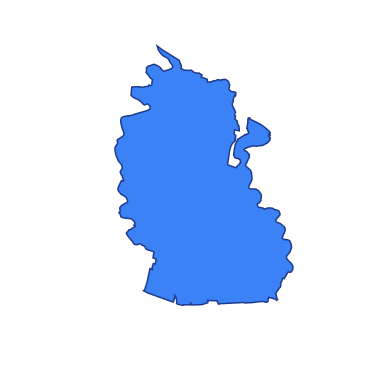 the district of Pantelimon, Ilfov, Romania, rotated 233°
{"feature_id": "2599482B87197553509552", "entity_name": "Pantelimon", "entity_type": "district", "adm_level": 2, "iso_a3": "ROU", "parent_name": "Romania", "parent_adm1": "Ilfov", "projection": "robinson", "projection_center": [26.262, 44.455], "detail": "fine", "context": "isolated", "style": "filled", "palette": "blue", "viewbox_px": 384, "rotation_deg": 233, "n_neighbors": 0, "source": "geoboundaries", "source_scale": "gbopen_adm2", "svg_char_len": 6060}
<svg xmlns="http://www.w3.org/2000/svg" viewBox="0 0 384 384"><g transform="rotate(233 192 192)"><path d="M329.6,252.0L325.4,250.6L322.1,250.4L318.2,250.9L314.1,252.8L312.2,253.2L308.9,252.5L305.5,252.6L303.7,252.1L303.1,251.0L303.0,250.3L303.5,247.4L305.3,242.4L306.4,241.8L308.4,241.5L310.5,241.6L312.5,240.9L316.2,239.1L317.1,238.1L317.6,236.6L317.8,235.4L318.9,233.0L318.5,230.1L316.6,229.1L315.0,227.2L312.8,227.5L308.5,227.3L305.3,228.0L304.6,226.9L301.9,224.4L301.6,223.6L302.1,222.7L303.3,222.2L302.9,220.9L303.4,219.7L303.6,219.0L303.8,218.9L305.6,215.2L307.8,213.3L312.1,207.1L306.0,201.5L302.7,202.1L298.4,204.5L295.3,205.5L290.7,206.1L290.0,206.6L289.2,209.6L286.2,210.2L284.6,209.4L283.5,208.1L284.3,204.3L288.6,193.2L289.1,191.2L290.4,188.2L291.6,186.4L293.2,183.0L293.6,181.9L293.7,180.5L292.9,179.0L290.8,177.2L286.3,175.1L283.8,174.2L281.6,173.7L279.3,172.6L278.5,171.7L278.2,170.1L278.3,167.1L278.7,164.9L278.6,163.9L278.3,163.4L275.7,161.8L275.0,160.3L274.5,158.4L273.2,156.7L269.8,154.7L268.7,154.1L266.1,153.2L262.9,152.3L261.1,151.9L257.5,152.1L256.0,152.0L254.4,151.5L253.6,151.1L252.4,149.8L251.7,147.3L251.0,146.7L249.6,146.1L247.3,145.9L245.7,145.5L242.3,144.3L242.1,143.6L242.7,143.3L243.1,142.6L243.5,142.5L242.8,140.8L241.8,139.2L241.1,137.4L239.0,134.6L237.3,133.9L236.4,133.8L232.6,134.1L229.7,135.5L227.8,136.0L226.1,135.9L223.4,135.1L223.0,134.7L222.7,133.8L223.1,132.6L223.6,127.8L223.4,126.3L222.8,124.9L222.3,124.5L220.6,123.5L220.1,123.1L219.3,121.9L219.5,121.3L219.1,121.1L217.1,121.4L216.7,120.9L215.5,120.4L214.5,120.4L214.0,120.7L211.6,122.6L207.5,127.1L206.4,127.7L202.3,128.1L201.1,127.4L200.6,125.9L200.4,126.2L199.0,126.6L198.8,126.3L199.2,119.6L199.7,118.9L199.6,118.4L199.4,118.0L198.8,115.0L198.0,114.5L194.8,114.3L191.5,114.4L188.9,114.6L185.7,114.3L185.0,114.4L184.2,115.1L183.4,116.1L182.8,116.4L182.4,118.3L181.9,119.3L180.4,120.0L179.2,120.3L177.2,121.5L176.8,121.6L175.8,121.2L174.6,121.0L173.4,121.2L167.2,125.6L162.8,121.2L159.9,123.1L156.6,119.2L158.2,118.1L155.1,113.9L153.3,114.2L155.2,112.8L156.1,112.3L148.5,103.6L145.3,99.6L144.4,98.0L143.3,96.7L142.6,95.7L142.4,95.1L142.4,93.8L138.2,95.8L115.4,110.7L115.8,111.6L118.8,115.4L119.8,116.1L118.9,116.2L116.2,115.2L114.3,114.2L112.0,112.7L111.1,112.9L107.9,115.7L106.8,117.1L107.1,117.3L105.7,119.0L103.9,121.6L102.9,122.7L104.6,124.5L102.2,123.5L96.1,132.1L94.1,137.9L94.6,138.7L96.0,139.2L90.1,146.4L86.4,145.7L86.0,146.6L85.8,147.3L72.5,167.0L71.5,167.4L69.9,170.0L67.6,173.2L64.5,178.7L62.1,182.5L59.2,185.0L58.8,186.5L59.8,187.7L61.8,189.8L56.1,194.2L54.4,194.5L54.7,195.0L54.7,195.6L55.1,195.5L57.0,196.2L59.2,197.3L61.1,198.5L61.3,199.5L61.8,200.8L61.8,201.7L62.7,203.6L62.8,205.3L63.2,205.8L64.5,207.1L65.7,207.8L66.3,208.5L66.2,209.1L67.1,210.6L68.6,212.4L67.3,213.3L70.4,220.9L69.0,221.7L68.5,222.9L69.0,224.8L69.6,225.9L70.6,226.9L71.5,227.6L72.3,227.9L73.5,228.2L76.2,228.3L78.7,227.7L80.6,227.6L82.9,227.9L84.1,229.6L85.0,233.6L85.5,234.9L86.2,235.6L87.2,237.4L87.8,238.1L90.3,239.6L93.6,240.6L94.4,240.6L96.4,239.6L97.4,238.5L97.2,238.5L97.6,237.9L98.0,237.8L99.0,236.8L99.6,236.5L100.6,236.3L101.2,236.5L101.4,236.8L104.2,241.8L105.1,243.1L105.8,243.8L107.5,244.6L108.2,244.7L113.4,243.7L116.5,241.6L116.9,241.5L118.2,241.6L118.8,241.9L119.5,242.9L120.7,248.2L121.3,248.9L122.5,249.5L123.2,249.7L124.5,249.9L126.3,249.1L128.3,247.5L130.0,246.8L130.8,246.3L132.2,244.9L133.5,243.1L134.5,240.5L134.6,239.3L135.5,239.3L136.4,239.0L138.4,237.4L139.0,236.5L139.6,236.1L140.1,235.9L140.8,235.9L142.7,236.5L143.3,237.1L143.4,237.5L142.7,238.6L143.0,239.9L143.2,240.1L143.6,241.7L144.0,242.2L144.6,242.4L145.9,243.9L146.6,244.4L147.3,245.2L148.2,245.6L149.4,245.9L152.9,245.9L155.3,245.1L155.8,244.8L156.7,243.9L158.5,241.6L159.2,240.5L160.8,239.8L161.2,239.8L162.4,240.9L164.8,245.8L166.1,247.5L168.1,249.0L171.9,251.2L173.5,251.7L175.1,251.7L179.7,250.7L181.1,250.9L182.0,251.9L182.4,253.4L183.0,254.0L183.4,255.1L184.4,256.6L184.8,258.0L185.6,259.0L186.0,259.3L187.5,259.8L187.5,260.4L188.9,260.1L191.2,260.1L193.7,259.0L194.6,259.1L194.8,260.2L194.3,262.2L194.2,263.4L191.7,269.2L189.7,271.0L188.9,273.0L186.9,275.9L186.9,276.6L186.5,277.2L186.1,280.7L185.9,280.9L185.9,282.5L186.2,283.6L186.4,283.5L186.5,284.0L186.4,284.0L186.4,284.4L186.5,285.3L187.3,285.7L187.7,286.8L189.2,287.2L189.2,286.8L189.4,286.8L189.4,287.1L190.3,287.3L190.5,287.8L190.2,287.9L190.2,288.4L191.8,287.9L192.1,288.4L191.4,289.1L192.3,290.2L194.1,290.2L197.9,289.5L201.7,288.5L206.0,286.9L215.6,282.0L215.9,282.1L216.4,282.7L217.0,282.0L216.4,281.3L216.9,280.9L213.0,277.5L209.8,274.0L209.4,274.4L208.6,273.8L207.9,273.8L206.8,273.3L206.0,273.4L205.1,272.8L204.8,271.5L204.8,270.9L205.3,270.4L205.3,269.6L205.5,269.6L206.0,268.9L205.9,268.4L206.5,260.0L205.9,259.8L205.5,259.4L205.0,257.2L204.3,256.2L204.0,255.2L202.8,254.1L200.1,251.0L196.6,247.6L194.1,246.9L193.3,247.0L192.5,247.5L191.3,248.8L188.6,249.7L187.3,249.2L186.4,248.0L186.1,248.2L185.1,241.5L192.4,236.8L202.1,246.6L205.3,250.8L206.5,253.6L207.0,257.9L208.3,257.9L208.4,259.0L208.8,259.0L210.7,260.9L213.3,260.7L216.0,263.6L212.4,266.5L212.9,267.0L214.1,267.9L216.5,269.1L216.6,268.8L218.1,269.4L218.3,269.2L219.5,269.6L221.3,270.8L224.2,270.2L226.6,272.5L227.3,272.0L228.2,272.5L228.7,273.1L229.3,274.7L232.2,275.5L235.3,276.0L237.0,276.4L238.4,277.4L238.7,277.8L239.6,279.7L240.7,280.4L241.6,281.3L243.6,284.2L242.5,284.5L244.1,286.2L245.2,286.9L246.1,286.3L248.6,283.9L249.3,283.6L251.9,283.3L253.8,285.3L254.7,286.5L255.2,286.7L257.0,287.1L258.0,287.6L259.7,287.3L261.2,286.8L262.1,286.1L262.7,285.4L263.7,283.4L264.2,281.7L264.6,281.7L265.3,281.2L266.1,280.3L266.4,279.5L266.7,277.9L267.3,276.8L268.0,276.0L268.1,274.5L268.6,273.4L268.3,272.9L269.2,272.3L270.5,270.5L273.0,272.0L277.1,269.2L278.4,268.5L279.4,270.4L283.1,269.0L283.3,268.1L286.0,265.8L287.3,265.3L289.5,264.9L289.8,264.6L291.2,262.4L291.9,261.4L292.9,260.6L293.6,259.6L294.1,259.2L296.9,257.7L297.3,257.6L299.1,259.4L305.0,261.0L323.7,253.7L327.3,252.8L329.6,252.0Z" fill="#3b82f6" stroke="#1e3a8a" stroke-width="1.5"/></g></svg>